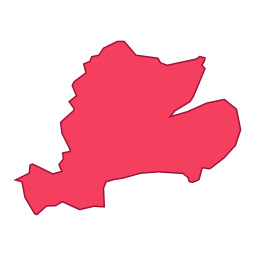 the border of Down
{"feature_id": "GBR-2099", "entity_name": "Down", "entity_type": "District", "adm_level": 1, "iso_a3": "GBR", "parent_name": "United Kingdom", "parent_adm1": "", "projection": "natural_earth1", "projection_center": [-5.809, 54.331], "detail": "fine", "context": "isolated", "style": "filled", "palette": "rose", "viewbox_px": 256, "rotation_deg": 0, "n_neighbors": 0, "source": "natural_earth", "source_scale": "10m", "svg_char_len": 998}
<svg xmlns="http://www.w3.org/2000/svg" viewBox="0 0 256 256"><path d="M199.6,56.5L205.0,57.9L204.5,60.2L204.0,61.8L201.9,65.2L205.0,68.6L193.3,96.6L190.0,101.6L174.8,110.9L170.2,116.6L187.2,111.8L206.5,103.2L224.3,99.4L236.5,109.3L240.6,129.7L235.5,145.2L224.4,157.5L210.5,168.3L208.6,168.8L203.9,167.8L202.0,168.3L199.1,179.4L196.2,180.9L192.5,182.3L189.3,181.6L187.9,177.3L182.8,173.4L158.5,171.8L140.6,173.2L122.5,178.2L114.3,179.4L106.0,181.8L103.5,188.3L104.3,206.8L100.7,206.7L93.9,206.2L79.6,209.6L62.4,201.7L55.5,205.7L46.5,206.0L36.9,214.6L34.7,213.8L25.0,197.4L21.9,181.7L15.4,180.0L29.2,173.2L30.1,165.1L32.4,164.0L52.9,173.9L61.8,171.4L59.0,164.5L63.5,158.8L62.6,153.0L69.8,151.5L70.2,149.6L62.0,133.4L60.6,122.3L73.6,110.7L74.3,108.8L69.1,101.6L76.5,95.8L72.2,85.5L74.1,81.7L86.0,72.8L83.7,64.0L89.9,61.4L91.8,56.7L98.9,55.2L103.5,48.2L117.4,41.4L124.2,41.4L135.9,55.2L157.9,58.2L160.6,62.9L167.2,65.3L196.5,59.0L199.6,56.5Z" fill="#f43f5e" stroke="#9f1239" stroke-width="1.5"/></svg>